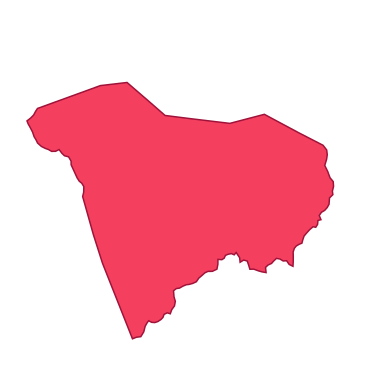 outline of Várzea da Roça, Bahia, Brazil, rotated 165°
{"feature_id": "56859067B94588370221306", "entity_name": "Várzea da Roça", "entity_type": "district", "adm_level": 2, "iso_a3": "BRA", "parent_name": "Brazil", "parent_adm1": "Bahia", "projection": "equal_earth", "projection_center": [-40.077, -11.596], "detail": "fine", "context": "isolated", "style": "filled", "palette": "rose", "viewbox_px": 384, "rotation_deg": 165, "n_neighbors": 0, "source": "geoboundaries", "source_scale": "gbopen_adm2", "svg_char_len": 1736}
<svg xmlns="http://www.w3.org/2000/svg" viewBox="0 0 384 384"><g transform="rotate(165 192 192)"><path d="M287.5,65.6L283.3,66.1L278.9,65.5L274.8,69.4L272.0,74.4L269.5,77.0L267.2,78.9L264.8,76.6L261.7,75.5L258.5,75.7L254.9,76.9L252.5,78.4L250.7,81.0L247.2,81.7L244.5,80.0L242.0,83.6L238.4,86.5L236.4,90.7L236.5,95.4L235.4,101.4L232.1,102.8L229.0,102.4L225.2,103.4L221.6,103.9L218.9,103.5L215.0,103.5L211.0,104.2L207.8,107.0L203.6,109.0L200.5,110.6L197.1,111.2L192.9,110.1L187.9,111.0L185.7,115.5L184.4,120.2L180.7,118.9L178.1,119.7L176.1,122.1L173.4,122.5L169.9,122.3L167.5,120.4L165.0,122.1L163.0,116.2L163.7,111.7L159.7,112.9L156.5,111.0L156.2,106.4L156.1,102.4L152.3,101.5L148.2,98.6L145.0,96.7L141.3,95.0L140.5,100.1L137.4,101.8L133.7,102.4L130.8,104.3L127.6,106.0L124.4,104.5L121.8,101.8L118.4,101.1L116.9,96.9L113.7,94.1L112.3,98.3L110.9,103.4L109.8,107.9L107.7,111.1L105.2,112.9L101.9,113.8L99.1,114.1L97.5,116.9L95.2,120.4L92.2,122.5L88.2,125.1L84.1,127.1L81.6,125.9L79.1,128.2L77.7,131.9L74.6,131.9L75.2,136.4L72.2,138.9L68.6,139.9L65.4,142.0L62.8,144.7L60.7,150.7L56.6,153.0L56.2,156.4L53.8,160.8L52.9,165.5L55.0,170.1L55.6,176.7L56.9,183.3L53.5,188.8L51.7,193.0L51.0,197.7L53.3,203.2L73.8,221.8L93.6,240.4L102.0,248.3L137.7,248.5L174.4,263.2L198.2,272.9L209.9,290.3L226.4,314.6L253.0,318.5L319.6,312.7L322.2,310.4L325.0,307.4L328.7,305.2L333.0,303.4L332.6,300.0L331.6,296.2L330.5,291.1L330.2,286.2L329.2,282.9L328.5,279.3L325.7,275.0L322.2,271.9L319.8,270.3L317.1,267.6L313.3,266.6L309.4,267.4L307.6,263.0L305.8,260.0L302.1,257.9L300.8,253.0L301.7,249.6L299.3,235.4L298.1,231.6L296.2,229.0L295.1,225.2L296.7,219.8L298.8,215.9L298.3,176.3L296.9,146.3L287.5,65.6Z" fill="#f43f5e" stroke="#9f1239" stroke-width="1.5"/></g></svg>